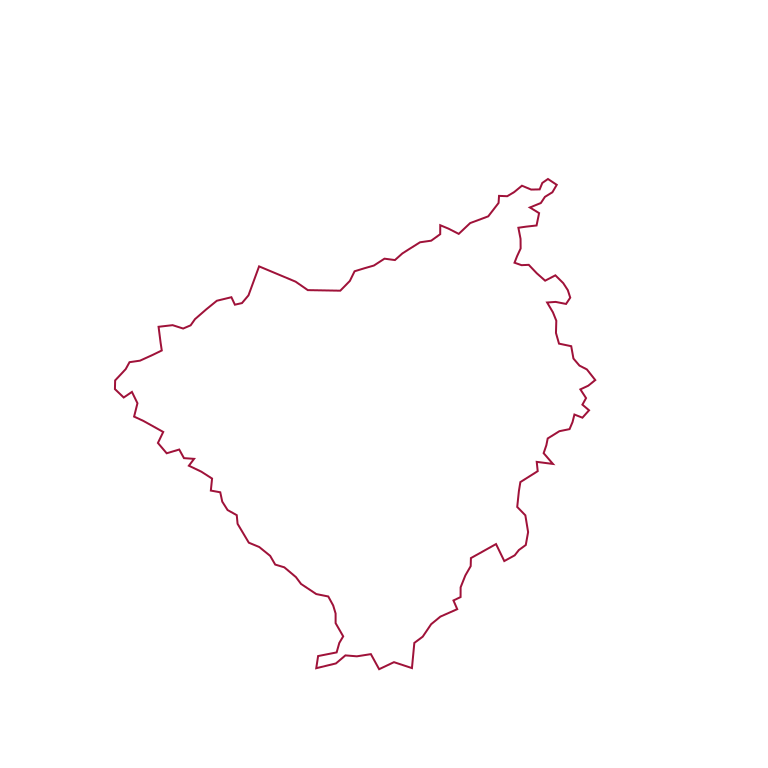 outline of Gramado Xavier, Rio Grande do Sul, Brazil, rotated 129°
{"feature_id": "56859067B71131453793175", "entity_name": "Gramado Xavier", "entity_type": "district", "adm_level": 2, "iso_a3": "BRA", "parent_name": "Brazil", "parent_adm1": "Rio Grande do Sul", "projection": "orthographic", "projection_center": [-52.613, -29.295], "detail": "fine", "context": "isolated", "style": "outline", "palette": "rose", "viewbox_px": 768, "rotation_deg": 129, "n_neighbors": 0, "source": "geoboundaries", "source_scale": "gbopen_adm2", "svg_char_len": 2122}
<svg xmlns="http://www.w3.org/2000/svg" viewBox="0 0 768 768"><g transform="rotate(129 384 384)"><path d="M248.0,222.3L245.0,235.5L246.7,243.7L245.0,252.8L236.8,262.3L242.5,273.4L236.1,282.5L226.4,289.9L222.0,297.8L218.0,308.5L212.2,302.3L207.2,292.9L199.7,293.6L195.4,300.2L192.8,308.2L191.7,319.2L202.3,323.8L201.8,335.0L200.3,346.5L205.1,351.9L207.6,358.9L201.0,361.0L192.7,363.1L185.3,369.2L178.0,377.9L172.3,372.6L164.8,365.2L153.6,371.0L155.0,381.7L144.6,376.0L137.3,376.7L129.0,373.8L120.5,375.1L121.5,385.6L128.1,387.5L134.8,385.5L140.3,392.0L143.1,401.6L152.9,403.6L160.5,406.4L165.4,413.0L171.2,408.9L188.1,408.5L204.7,418.3L220.3,420.4L222.7,431.7L225.2,440.2L232.2,434.6L242.9,437.5L251.2,445.2L263.5,449.4L271.0,451.9L280.8,453.5L286.3,462.5L298.3,466.4L306.3,472.0L314.9,477.8L325.4,475.4L339.0,476.7L359.0,502.3L360.1,517.1L371.2,555.1L400.4,545.1L410.5,545.3L416.2,549.8L412.6,557.2L424.5,566.3L437.8,569.1L452.5,571.7L460.1,571.2L467.3,575.0L471.3,585.3L481.4,595.2L492.5,583.6L497.8,577.8L506.8,582.0L519.4,588.3L527.2,595.5L535.0,594.1L550.4,595.2L557.3,589.9L558.3,577.8L548.8,574.9L554.1,563.5L566.6,557.7L564.1,547.7L560.2,525.4L572.1,522.6L574.6,509.3L563.8,501.9L567.5,492.8L561.7,484.5L570.3,484.2L567.1,470.8L565.7,458.1L575.8,451.5L571.2,443.1L577.2,435.7L580.4,426.2L578.6,415.9L584.8,409.8L592.4,389.2L589.2,378.4L589.2,364.3L592.8,354.9L589.2,346.1L589.5,330.9L591.6,322.6L589.9,304.5L584.2,293.6L588.1,284.1L592.8,277.2L600.3,271.1L605.8,256.9L613.3,255.8L622.4,251.9L636.9,264.0L647.5,257.8L631.4,245.5L619.2,243.2L612.7,233.7L602.2,224.2L608.7,208.3L593.9,201.2L587.2,183.5L566.1,197.5L556.0,194.9L541.0,196.2L529.3,193.8L512.9,185.4L508.5,193.8L501.4,190.4L493.8,196.5L481.6,200.3L471.0,202.0L464.6,206.9L437.9,196.2L445.9,179.1L434.9,174.6L428.1,174.7L419.9,172.5L408.4,178.8L397.1,191.5L395.7,203.1L382.3,211.8L374.4,216.3L355.0,209.7L348.4,216.3L339.8,202.4L337.3,216.4L329.4,219.3L323.3,222.5L310.3,218.0L302.3,211.4L295.0,213.5L287.9,216.8L285.3,208.6L275.4,208.1L275.2,216.8L267.8,218.1L264.6,228.0L256.8,224.2L248.0,222.3Z" fill="none" stroke="#9f1239" stroke-width="2"/></g></svg>